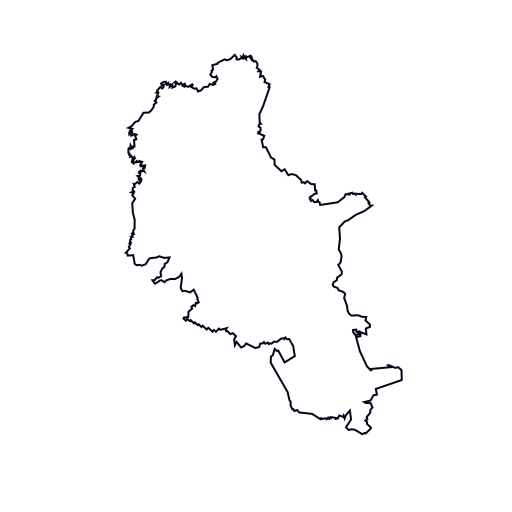 the district of Martínez de la Torre, Veracruz, Mexico, rotated 345°
{"feature_id": "50627088B13774862826934", "entity_name": "Martínez de la Torre", "entity_type": "district", "adm_level": 2, "iso_a3": "MEX", "parent_name": "Mexico", "parent_adm1": "Veracruz", "projection": "mercator", "projection_center": [-97.059, 20.12], "detail": "fine", "context": "isolated", "style": "outline", "palette": "ink", "viewbox_px": 512, "rotation_deg": 345, "n_neighbors": 0, "source": "geoboundaries", "source_scale": "gbopen_adm2", "svg_char_len": 6052}
<svg xmlns="http://www.w3.org/2000/svg" viewBox="0 0 512 512"><g transform="rotate(345 256 256)"><path d="M149.7,252.6L151.3,256.7L157.1,254.8L158.5,255.0L160.8,257.6L163.2,256.3L167.5,256.0L171.7,257.3L176.2,256.4L179.4,253.8L178.7,258.4L175.0,267.3L175.8,270.9L178.3,271.2L183.0,274.1L187.1,272.4L188.8,281.1L188.1,282.8L188.7,285.9L187.1,286.5L185.7,285.7L184.3,288.6L182.7,287.3L180.4,288.5L180.7,290.3L176.5,292.3L174.7,297.4L170.5,296.8L169.8,297.6L171.5,300.4L173.3,299.0L175.3,301.8L176.3,301.1L178.7,305.0L179.7,304.3L181.9,307.7L182.9,307.1L185.0,310.5L186.3,309.5L189.4,314.2L191.3,313.0L194.4,317.8L196.2,316.6L197.7,318.9L201.4,316.5L202.5,318.1L209.0,318.1L207.7,319.2L207.6,320.8L208.9,321.1L210.9,324.7L213.7,324.6L215.9,328.3L213.3,330.9L212.5,336.7L215.1,334.0L217.9,340.5L221.4,339.9L223.8,337.9L231.7,344.8L235.6,344.7L237.4,341.7L239.8,342.1L241.3,341.2L241.5,342.5L242.6,343.2L244.9,342.7L245.7,344.5L246.7,343.9L248.3,344.7L251.2,343.4L254.1,344.4L258.9,342.3L261.6,342.6L261.8,343.5L263.4,342.4L264.2,344.3L266.5,344.8L268.6,352.4L267.6,362.7L256.1,366.2L253.0,353.2L251.8,353.3L250.0,350.6L246.8,355.9L244.3,357.2L242.6,362.9L251.3,395.5L251.0,404.3L251.8,405.5L250.7,409.5L251.5,413.6L252.6,413.7L253.0,415.7L256.0,415.5L257.2,418.3L269.3,423.0L275.9,430.2L276.8,429.5L277.2,430.5L281.0,430.7L282.1,432.0L283.5,431.0L284.5,432.1L284.8,431.1L286.3,432.0L286.6,431.0L290.9,432.9L291.8,433.5L291.3,434.0L292.9,434.1L295.1,431.6L298.5,433.9L299.3,432.9L299.5,435.9L301.5,433.1L306.7,429.6L305.5,438.5L298.6,444.7L300.5,448.1L303.5,448.1L306.5,449.4L312.5,455.6L315.2,455.1L315.9,455.8L322.2,452.4L322.6,451.5L319.7,447.0L320.3,445.1L319.0,443.2L321.3,442.5L321.1,440.3L325.6,437.1L326.9,434.0L329.3,432.5L328.6,427.7L324.1,426.4L322.7,425.1L329.2,425.2L333.5,420.9L336.9,421.2L337.3,415.4L364.7,413.5L367.0,403.8L364.5,400.2L361.5,400.1L355.9,395.7L355.2,395.7L357.1,398.2L337.9,394.9L337.8,396.2L337.2,396.1L334.6,391.2L331.7,374.8L331.7,360.3L336.0,360.5L336.9,358.2L331.6,358.2L330.2,354.8L330.5,352.6L333.7,353.0L333.4,355.3L336.0,355.6L335.3,356.6L337.0,356.4L342.4,360.3L343.3,354.5L347.7,353.9L348.3,351.7L345.1,346.6L346.7,343.5L342.7,342.2L339.3,339.7L332.9,338.3L331.3,336.5L330.3,333.1L331.0,327.5L330.3,319.4L332.3,315.6L331.1,313.4L327.0,310.5L326.5,308.1L323.0,305.4L322.7,303.3L324.4,301.4L327.9,300.2L328.8,297.9L334.1,295.8L334.9,293.1L333.1,286.0L335.9,284.2L338.5,278.7L338.8,275.5L337.6,271.1L341.6,261.0L343.8,249.8L351.0,245.5L353.9,245.4L362.9,242.1L372.4,240.6L380.8,237.3L379.3,236.8L378.3,233.9L379.4,233.4L376.4,227.4L377.6,226.9L374.8,222.4L373.5,223.4L369.1,221.9L368.3,222.6L367.6,221.2L365.8,221.3L365.5,219.8L361.7,219.8L362.0,220.7L358.6,219.5L356.5,222.0L348.8,225.3L331.2,223.3L331.3,220.5L330.3,220.1L330.2,218.1L328.5,219.5L326.2,219.1L325.2,216.7L323.5,217.2L322.7,214.9L323.7,214.6L323.2,213.2L329.3,211.0L330.8,211.4L331.2,208.4L330.0,208.0L331.3,201.9L327.7,200.7L324.8,196.9L322.1,198.5L321.1,197.1L319.2,197.0L319.2,194.3L315.4,188.1L311.6,186.1L308.2,186.3L306.1,179.6L302.5,180.7L297.6,172.7L298.8,167.6L296.0,164.8L293.7,153.4L291.1,152.9L291.5,145.0L293.0,145.1L295.1,142.0L289.7,137.9L290.6,136.6L291.9,137.2L292.9,135.9L293.6,133.3L292.0,131.5L293.5,129.4L294.9,129.7L294.2,127.3L296.0,119.8L301.5,113.3L312.8,96.6L311.8,95.9L313.6,93.7L309.3,90.1L310.5,87.9L309.2,83.8L306.3,83.9L308.7,79.1L306.1,78.2L307.6,77.0L305.4,74.4L306.7,72.6L307.1,70.1L306.1,67.7L304.1,67.6L303.0,62.9L302.4,64.5L301.8,62.8L303.1,61.9L302.7,61.2L297.4,61.7L297.3,63.2L296.1,61.5L297.1,60.4L296.1,60.4L295.8,58.9L294.6,60.6L293.7,59.9L294.1,61.7L292.7,61.0L290.3,61.8L288.1,61.0L288.7,59.1L287.5,56.2L282.4,59.1L278.7,59.5L276.6,57.9L268.9,59.6L268.5,60.4L263.3,60.4L262.7,64.8L261.0,65.6L261.2,66.5L258.8,69.1L260.2,71.8L262.8,72.8L264.2,72.0L264.7,75.0L262.4,77.2L260.8,77.2L261.0,78.8L259.8,78.2L260.0,79.4L258.6,79.6L256.0,77.8L253.3,80.1L249.5,79.3L245.2,82.1L243.0,81.5L242.8,83.0L241.9,78.6L239.8,78.5L237.1,75.9L239.1,74.5L238.8,73.7L234.2,75.0L232.0,73.4L231.8,71.6L230.6,72.6L231.4,72.8L230.7,73.9L229.2,72.5L230.1,71.3L228.6,71.1L228.4,69.4L226.0,70.4L223.5,66.7L222.5,67.2L223.4,69.0L221.9,71.3L218.7,71.7L219.7,68.5L216.4,70.3L217.3,67.8L214.6,67.7L215.7,66.1L213.7,66.4L214.0,64.3L211.7,64.0L208.9,64.9L209.4,66.8L211.3,66.8L210.3,68.9L208.7,69.9L207.4,67.9L203.3,70.7L203.6,71.7L202.1,72.4L203.8,73.2L201.6,76.1L203.2,76.8L200.1,78.1L199.9,79.2L198.3,80.0L199.5,82.0L196.5,83.4L195.6,85.7L192.5,88.3L189.5,89.7L184.4,88.5L177.4,95.1L174.1,95.3L168.9,98.6L166.0,99.2L169.4,101.2L167.0,102.3L168.7,103.6L168.4,104.9L165.5,104.0L165.1,105.8L166.7,105.2L166.7,107.5L170.2,106.8L172.0,107.9L170.4,108.7L170.6,112.3L168.2,112.4L167.0,118.8L165.2,118.4L164.9,120.0L163.8,120.1L163.4,117.0L162.2,119.9L161.4,118.9L160.6,119.3L159.4,123.4L160.3,124.1L159.6,125.4L161.0,126.4L160.1,127.6L161.6,127.7L162.8,129.9L164.1,128.9L164.2,130.1L161.8,130.3L161.0,131.6L162.3,131.8L160.5,133.4L161.7,135.0L162.4,133.9L164.8,134.6L165.3,133.5L166.2,134.6L167.6,134.9L167.9,134.1L170.3,135.6L168.9,136.6L169.1,138.3L167.7,138.3L167.8,139.5L172.4,139.8L171.3,142.0L170.3,141.3L169.4,142.2L170.0,145.3L169.3,144.5L166.8,144.8L166.7,143.7L165.0,144.3L164.5,145.4L165.7,145.6L164.8,148.4L162.4,148.2L164.2,150.8L162.9,150.3L162.5,151.3L163.5,153.7L164.8,152.7L164.6,153.8L162.1,155.9L160.6,153.8L157.6,155.2L156.5,154.7L156.8,157.8L154.7,158.3L153.9,160.1L154.8,162.0L152.2,162.3L154.2,163.7L152.2,165.3L154.1,169.4L150.1,173.0L148.3,182.2L148.2,189.5L145.8,198.1L144.0,199.7L143.6,201.3L144.4,201.4L142.4,202.0L143.6,203.3L141.5,203.9L141.7,205.6L139.9,205.4L139.7,207.6L138.7,207.8L137.8,210.0L138.5,210.5L137.1,211.3L137.9,212.0L135.5,214.3L136.1,216.0L131.2,219.1L132.4,219.5L132.1,222.4L137.6,223.4L136.8,232.2L138.3,234.0L141.2,234.4L143.2,235.8L147.2,235.4L152.1,231.0L154.1,230.8L159.2,231.7L162.5,231.2L166.8,234.1L172.1,235.0L168.8,239.2L165.9,240.0L164.7,242.8L162.3,243.8L159.6,246.8L159.1,251.0L155.7,251.8L155.1,250.9L151.8,253.0L149.7,252.6Z" fill="none" stroke="#020617" stroke-width="2"/></g></svg>